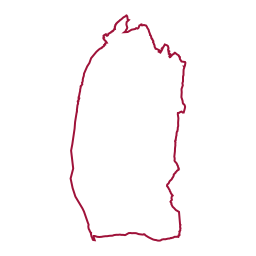 outline of Lørenskog nor, Akershus, Norway
{"feature_id": "86288312B90903207900290", "entity_name": "Lørenskog nor", "entity_type": "district", "adm_level": 2, "iso_a3": "NOR", "parent_name": "Norway", "parent_adm1": "Akershus", "projection": "orthographic", "projection_center": [10.997, 59.897], "detail": "fine", "context": "isolated", "style": "outline", "palette": "rose", "viewbox_px": 256, "rotation_deg": 0, "n_neighbors": 0, "source": "geoboundaries", "source_scale": "gbopen_adm2", "svg_char_len": 5714}
<svg xmlns="http://www.w3.org/2000/svg" viewBox="0 0 256 256"><path d="M168.5,48.4L168.3,47.9L168.4,47.5L168.1,46.8L168.0,46.2L167.1,45.4L164.8,44.5L163.5,46.9L163.0,47.4L162.4,47.7L162.0,48.3L162.6,48.5L161.7,50.5L161.2,50.5L161.0,51.6L160.4,52.6L158.7,51.7L159.1,51.0L159.0,50.9L159.2,50.2L156.3,48.8L155.6,48.8L155.4,48.5L155.2,47.7L154.7,47.0L154.7,46.8L154.5,46.1L154.6,45.8L154.4,44.9L153.9,44.3L153.9,43.9L153.8,43.4L153.3,42.5L153.1,42.4L153.0,42.1L153.1,41.8L153.2,41.5L153.4,41.2L152.1,39.3L152.3,39.1L151.9,38.5L151.3,38.0L151.3,37.7L151.3,37.4L151.1,36.8L151.1,36.4L150.7,35.5L150.0,35.0L150.1,34.3L149.2,32.0L148.9,31.1L148.8,30.6L148.5,29.6L147.4,28.0L146.7,26.4L146.2,25.9L146.1,25.6L144.0,25.0L142.0,25.4L141.6,25.0L141.5,24.4L141.2,24.4L139.8,25.4L139.4,25.5L138.6,27.7L138.2,28.2L137.5,28.6L136.3,28.1L136.0,28.2L135.8,28.5L135.2,29.0L131.6,29.7L127.7,32.0L124.4,32.2L125.4,31.4L125.8,30.7L126.0,30.1L126.9,28.8L127.3,27.7L126.4,24.6L126.5,23.0L126.7,22.0L128.8,20.0L127.7,19.6L127.2,16.3L126.5,15.4L126.4,15.4L125.6,16.2L123.4,17.4L121.2,19.4L120.0,20.1L119.8,20.5L118.6,21.4L118.4,21.8L117.7,22.1L117.3,22.7L117.0,22.8L116.5,23.6L116.1,23.7L115.8,24.7L115.7,24.9L115.3,25.0L115.2,25.2L115.2,26.1L115.1,26.4L114.8,26.7L114.8,27.2L115.0,27.7L115.0,28.0L114.7,28.4L114.8,28.8L114.4,28.7L113.8,30.0L113.6,30.1L113.2,30.8L112.4,31.4L112.2,31.2L110.8,32.3L110.7,32.6L110.1,32.8L109.3,33.4L108.4,33.7L108.2,34.6L108.1,35.0L107.5,35.6L106.9,35.8L106.3,35.4L106.1,35.0L106.1,34.5L105.9,34.2L104.1,35.2L103.7,35.6L103.5,35.9L103.6,36.0L103.6,36.3L104.1,37.3L103.9,37.6L103.4,37.8L103.4,38.5L103.7,39.0L104.3,39.3L104.3,39.8L104.8,40.4L106.0,41.4L106.8,42.7L106.1,42.8L105.1,43.5L105.0,44.0L105.2,44.6L104.1,45.0L104.2,45.4L104.2,45.7L103.6,46.4L102.5,46.9L102.0,47.7L101.6,47.8L101.3,48.2L100.5,48.4L98.9,49.5L96.4,51.8L91.1,58.2L89.4,63.0L87.2,66.4L84.0,73.7L83.8,75.9L83.1,77.9L82.7,79.9L82.8,80.6L82.6,81.5L82.3,82.4L82.0,82.7L82.3,84.3L81.6,85.2L81.3,85.8L80.8,86.0L80.6,86.3L80.7,87.3L80.2,89.5L80.1,91.1L79.7,92.7L79.7,92.9L79.5,93.5L79.5,94.1L79.3,94.7L79.0,96.4L78.7,96.9L78.8,97.4L78.6,97.7L78.8,98.0L79.3,98.2L79.3,98.3L78.6,99.0L78.9,99.4L78.9,99.6L77.8,101.2L78.3,101.7L78.0,102.1L77.9,103.0L78.1,103.6L77.8,104.5L77.5,105.0L77.3,106.6L77.3,107.1L77.1,108.0L77.1,108.6L76.9,109.6L77.0,110.5L77.0,111.1L76.8,111.3L76.9,112.0L76.6,112.7L75.1,122.0L74.6,128.6L72.3,144.3L71.1,150.6L73.2,168.5L70.6,178.5L72.6,188.0L75.4,196.6L82.5,208.5L84.0,211.6L87.7,222.3L88.5,224.4L88.6,224.8L88.3,226.2L88.5,228.0L88.9,229.3L89.4,230.0L89.5,230.4L89.6,230.6L89.7,231.0L90.1,231.5L90.2,231.8L90.4,232.4L91.1,232.8L91.1,233.1L90.9,233.4L91.0,234.3L91.5,236.1L91.5,236.6L92.1,237.3L92.2,238.0L92.6,238.7L92.6,239.1L92.9,239.8L93.8,240.1L94.7,240.2L93.6,237.0L94.1,236.4L94.0,236.0L94.7,236.0L97.2,236.8L99.3,237.0L101.7,236.8L103.1,236.5L105.6,236.2L107.1,236.2L109.5,235.8L111.8,235.7L112.7,235.6L114.0,235.1L116.2,234.8L118.3,234.8L119.9,234.6L121.5,234.9L123.4,234.9L125.0,235.1L125.6,234.9L128.7,233.1L130.4,233.0L131.8,233.2L135.1,233.1L136.5,233.3L138.6,234.1L141.7,234.5L142.8,234.6L143.5,234.5L143.9,234.2L144.6,234.4L145.2,235.1L145.7,235.5L148.6,237.3L153.1,239.5L154.7,239.9L156.3,240.1L157.4,240.5L158.3,240.6L159.7,240.6L160.6,240.4L161.8,239.6L162.3,239.5L163.7,239.2L165.2,239.3L168.1,238.6L169.7,238.5L170.7,238.0L171.4,238.1L172.0,237.8L172.9,237.7L174.6,236.8L176.7,236.8L177.0,236.7L178.3,236.9L178.6,235.3L178.9,235.1L179.4,235.3L179.5,235.2L179.5,234.1L179.3,233.5L179.8,231.5L179.5,231.3L180.3,230.3L180.2,229.1L180.4,228.7L180.5,228.5L180.2,227.8L180.3,227.4L180.1,227.1L180.1,226.3L180.2,226.1L180.2,225.6L180.4,225.1L180.1,225.0L179.0,211.9L175.8,210.0L174.2,208.2L172.6,206.7L171.3,204.0L171.5,203.2L170.9,202.5L170.5,201.8L170.7,201.6L170.8,201.2L171.0,200.8L171.6,200.3L171.9,199.8L171.8,199.2L171.5,198.4L171.6,197.1L172.0,196.2L172.7,195.6L172.3,195.0L171.6,194.5L171.5,193.9L170.9,193.2L170.4,191.8L169.9,191.2L169.7,190.2L169.3,189.4L168.9,189.0L168.3,187.7L167.8,187.2L167.8,186.8L167.0,186.0L167.1,185.3L167.2,184.7L167.5,184.3L168.6,183.4L168.9,182.8L169.3,181.8L169.9,180.9L171.3,179.7L172.0,178.8L172.1,178.3L172.8,177.5L173.6,175.9L173.8,175.2L173.7,174.7L174.0,174.2L175.5,172.8L175.5,172.4L176.6,171.4L177.0,170.7L178.2,170.0L178.4,169.6L178.4,168.9L178.6,169.0L178.6,168.9L178.8,168.8L178.7,168.6L178.7,168.4L178.4,167.5L178.0,166.9L177.8,165.7L177.3,165.1L177.2,164.5L176.5,163.2L174.8,161.3L174.5,160.5L174.7,159.1L174.6,157.9L174.3,156.7L174.9,151.5L175.0,148.5L175.3,145.9L175.4,145.1L175.3,144.1L175.5,142.1L175.1,141.7L175.1,140.9L175.8,140.0L175.6,139.5L175.8,138.9L176.2,136.2L176.5,135.4L176.5,134.0L176.7,132.5L177.0,131.5L177.5,131.0L177.5,130.2L177.6,129.9L177.8,129.0L177.7,128.0L178.2,126.0L178.1,122.5L178.4,118.3L177.8,114.3L177.9,113.0L179.2,112.8L180.3,112.0L181.6,111.6L182.6,112.5L183.7,112.5L184.6,109.3L184.8,108.5L185.1,106.9L184.7,105.3L184.0,104.3L183.3,103.9L182.8,102.9L182.6,101.0L182.1,99.3L181.4,97.2L181.7,92.3L181.5,89.1L182.8,85.3L182.4,83.2L183.0,81.4L183.0,76.9L183.1,76.7L183.1,76.4L183.1,76.1L183.5,75.1L183.5,72.8L183.6,69.6L183.9,68.7L184.0,68.3L184.3,67.6L183.9,66.6L184.4,66.7L184.9,65.8L185.4,62.8L185.0,62.0L181.5,61.5L180.7,60.2L179.9,59.0L179.8,58.7L179.9,58.0L179.8,57.8L179.8,57.5L179.9,57.2L179.8,56.9L179.1,56.7L178.9,56.4L179.0,56.1L178.8,55.5L176.6,54.1L175.1,52.8L174.7,52.7L174.5,52.8L174.4,53.3L173.9,53.8L173.4,54.2L172.7,54.4L172.1,55.0L171.4,55.9L170.8,56.3L170.5,56.8L170.4,56.8L170.3,57.1L169.8,57.2L169.3,56.3L170.4,54.7L170.3,54.1L168.8,53.9L168.8,53.4L168.5,51.8L169.3,51.6L169.3,51.3L168.9,51.1L168.5,50.2L168.1,50.0L168.1,49.5L168.1,49.3L168.5,48.4Z" fill="none" stroke="#9f1239" stroke-width="2"/></svg>